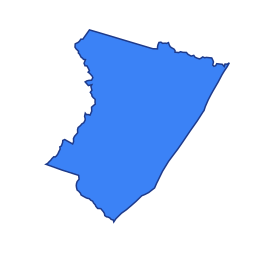 outline of Santa Helena, Paraná, Brazil, rotated 198°
{"feature_id": "56859067B88901030092463", "entity_name": "Santa Helena", "entity_type": "district", "adm_level": 2, "iso_a3": "BRA", "parent_name": "Brazil", "parent_adm1": "Paraná", "projection": "orthographic", "projection_center": [-54.285, -24.867], "detail": "fine", "context": "isolated", "style": "filled", "palette": "blue", "viewbox_px": 256, "rotation_deg": 198, "n_neighbors": 0, "source": "geoboundaries", "source_scale": "gbopen_adm2", "svg_char_len": 2311}
<svg xmlns="http://www.w3.org/2000/svg" viewBox="0 0 256 256"><g transform="rotate(198 128 128)"><path d="M173.2,128.9L172.9,125.7L171.7,123.8L171.2,122.2L171.7,119.3L173.2,117.6L173.9,115.7L175.6,113.0L175.5,110.9L174.4,107.9L175.3,105.8L176.3,103.5L176.6,101.1L175.5,98.2L175.7,95.7L182.3,97.0L184.6,97.5L186.2,96.0L185.7,94.1L185.8,90.3L187.0,89.0L186.0,87.0L186.4,84.4L186.7,81.6L187.4,79.4L188.3,78.0L189.7,77.7L190.9,75.4L191.6,73.3L192.5,71.7L193.5,69.5L194.8,68.1L177.7,67.6L160.3,67.7L158.7,64.2L159.8,61.4L159.8,59.2L159.4,57.2L158.5,55.3L157.2,53.3L155.4,52.7L153.1,51.3L151.9,49.8L150.2,49.4L146.5,48.7L145.1,48.6L142.9,48.8L141.1,47.8L139.0,47.5L137.6,46.1L135.4,44.8L134.4,43.6L132.0,42.1L129.0,42.9L125.6,40.8L124.0,39.4L123.0,37.5L121.0,36.9L119.6,37.1L117.6,36.9L115.8,35.9L113.5,35.9L112.5,34.3L111.5,37.9L107.9,44.9L104.2,49.9L102.1,53.4L101.2,54.8L97.7,60.7L94.0,67.8L91.5,69.9L88.4,73.0L84.2,79.2L83.7,84.4L83.4,86.3L82.6,92.0L81.8,97.6L79.1,108.9L76.7,116.0L74.2,123.2L71.7,131.5L71.2,133.2L67.9,144.7L64.4,156.0L61.7,166.3L61.1,168.1L61.1,172.3L60.4,179.6L59.4,185.6L58.7,189.2L58.3,191.1L56.5,199.4L56.0,202.3L55.1,207.5L54.1,211.8L52.6,217.0L51.8,221.3L53.3,219.4L55.5,218.8L55.5,216.2L58.0,217.7L63.5,216.6L63.9,214.4L65.3,213.2L66.9,214.1L67.1,217.2L68.0,218.4L70.0,220.5L75.2,219.4L76.8,218.5L78.9,218.7L80.2,216.9L81.4,215.8L83.9,215.8L86.2,216.1L87.9,217.4L90.2,215.9L93.7,216.6L95.8,217.9L99.3,216.9L101.6,216.8L103.1,215.4L104.6,215.1L106.7,214.6L107.2,216.2L108.7,217.3L111.2,217.8L112.9,218.3L114.5,219.8L115.9,221.7L117.4,220.4L118.8,220.2L121.3,219.2L123.2,219.8L125.0,218.9L125.2,216.3L125.0,214.3L124.4,212.4L128.7,211.1L130.9,211.0L163.6,210.2L185.3,209.7L195.0,209.4L198.4,198.5L200.3,197.9L200.9,195.8L201.8,194.1L204.2,191.7L203.4,188.5L201.8,187.2L198.8,185.7L198.4,184.0L197.0,183.3L194.3,180.7L192.8,180.4L191.6,179.5L189.6,179.9L189.8,176.0L188.1,173.9L186.3,174.4L184.5,172.8L182.4,170.6L183.2,168.8L181.4,168.2L178.1,166.3L177.0,165.0L177.4,162.2L179.9,161.2L181.7,160.1L183.0,158.6L178.8,156.1L175.8,158.0L176.1,156.0L174.0,152.7L174.9,150.3L172.9,148.8L172.1,147.2L170.6,146.2L168.1,145.1L167.3,142.3L166.5,140.6L167.6,139.0L169.1,136.5L167.7,132.8L168.1,128.5L170.1,128.5L171.6,127.9L173.2,128.9Z" fill="#3b82f6" stroke="#1e3a8a" stroke-width="1.5"/></g></svg>